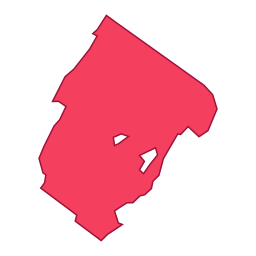 the district of Rockbridge, Virginia, United States of America
{"feature_id": "52423323B40914332178112", "entity_name": "Rockbridge", "entity_type": "district", "adm_level": 2, "iso_a3": "USA", "parent_name": "United States of America", "parent_adm1": "Virginia", "projection": "natural_earth1", "projection_center": [-79.449, 37.809], "detail": "fine", "context": "isolated", "style": "filled", "palette": "rose", "viewbox_px": 256, "rotation_deg": 0, "n_neighbors": 0, "source": "geoboundaries", "source_scale": "gbopen_adm2", "svg_char_len": 800}
<svg xmlns="http://www.w3.org/2000/svg" viewBox="0 0 256 256"><path d="M52.5,101.5L58.5,101.3L66.0,106.5L59.7,119.7L54.1,126.0L43.8,146.8L39.0,158.4L43.1,173.0L45.9,174.8L44.5,183.0L40.7,188.1L76.8,215.1L75.2,221.1L101.2,240.6L107.6,234.3L122.3,224.5L118.3,222.9L114.5,210.9L121.4,206.3L127.0,202.8L132.9,202.7L139.9,195.9L144.7,194.7L151.4,188.6L152.9,181.2L158.9,175.4L163.4,158.6L177.7,134.0L180.6,134.5L188.1,126.6L199.0,136.7L208.0,130.6L217.0,109.0L212.7,94.8L204.0,85.3L116.3,22.7L106.4,15.4L97.4,29.5L92.8,33.6L97.1,36.0L89.7,49.0L74.0,69.0L65.1,76.7L52.5,101.5ZM139.5,155.4L155.5,147.8L157.6,154.9L149.9,164.5L143.5,173.7L139.5,169.9L144.4,161.4L139.5,155.4ZM113.3,137.4L121.2,133.9L128.6,136.4L118.4,143.8L114.6,145.6L113.3,137.4Z" fill="#f43f5e" stroke="#9f1239" stroke-width="1.5"/></svg>